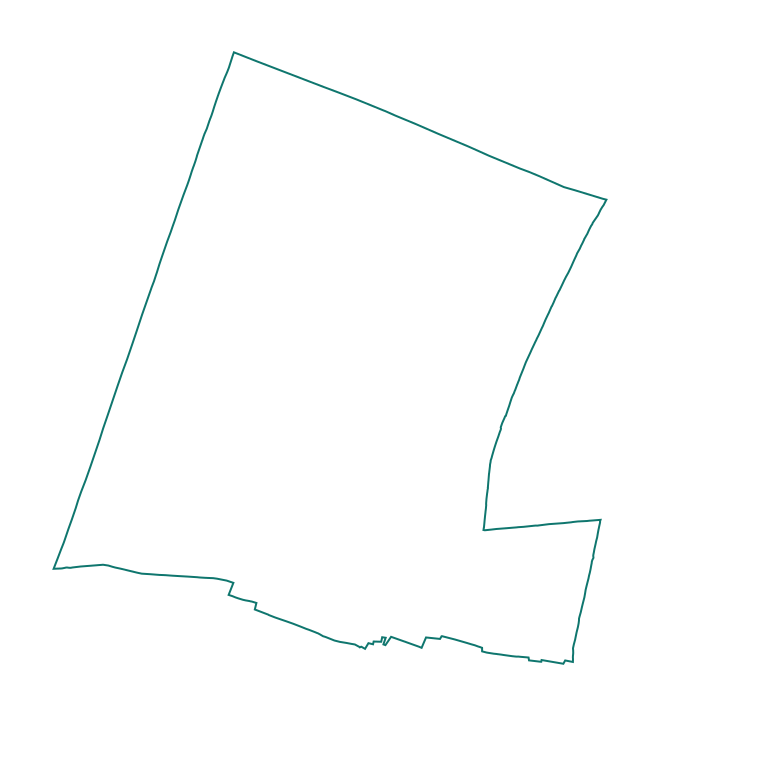 Thawi Watthana, Bangkok Metropolis, Thailand (Natural Earth projection), rotated 287°
{"feature_id": "78962969B31670435766777", "entity_name": "Thawi Watthana", "entity_type": "district", "adm_level": 2, "iso_a3": "THA", "parent_name": "Thailand", "parent_adm1": "Bangkok Metropolis", "projection": "natural_earth1", "projection_center": [100.363, 13.77], "detail": "fine", "context": "isolated", "style": "outline", "palette": "teal", "viewbox_px": 768, "rotation_deg": 287, "n_neighbors": 0, "source": "geoboundaries", "source_scale": "gbopen_adm2", "svg_char_len": 6034}
<svg xmlns="http://www.w3.org/2000/svg" viewBox="0 0 768 768"><g transform="rotate(287 384 384)"><path d="M625.3,542.8L625.1,539.1L625.1,526.2L625.1,509.9L624.9,498.5L628.2,471.2L629.2,460.9L629.8,451.0L633.0,417.5L635.8,395.1L639.1,362.7L641.9,338.2L644.0,316.4L645.4,304.8L645.4,304.4L645.4,304.2L648.1,274.4L649.4,256.0L650.4,239.6L653.0,202.4L655.4,167.9L657.3,143.5L652.9,143.3L652.1,143.3L651.3,143.3L644.0,143.2L641.9,143.2L639.8,143.1L639.2,143.0L638.6,143.0L636.2,142.8L635.5,142.7L635.2,142.7L630.2,142.1L627.0,141.9L625.8,141.8L619.8,141.4L612.8,141.0L612.5,141.0L612.0,141.0L610.7,140.9L610.4,140.9L609.8,140.9L604.7,140.7L603.8,140.7L599.4,140.6L594.4,140.6L590.4,140.5L587.4,140.3L587.0,140.2L585.6,140.2L585.1,140.1L576.3,139.9L571.3,139.3L571.1,139.3L570.8,139.2L570.3,139.2L569.9,139.2L568.4,139.1L563.8,139.0L563.2,138.9L562.8,138.9L562.0,138.9L547.6,138.4L547.2,138.4L547.0,138.5L546.4,138.5L546.2,138.5L545.5,138.5L542.1,138.5L536.8,138.3L535.9,138.2L530.8,138.0L529.9,138.0L528.3,138.0L527.7,138.0L521.9,137.9L517.0,137.7L506.2,137.0L497.2,136.6L490.6,136.3L479.4,136.1L473.1,135.8L466.9,135.6L456.9,135.0L439.7,134.4L432.8,134.2L432.0,134.2L431.1,134.2L424.5,134.2L421.0,134.1L414.8,134.0L413.7,133.9L407.9,133.5L407.0,133.5L379.8,132.4L362.2,132.0L347.9,131.6L332.6,131.1L318.7,130.3L304.7,129.8L284.2,129.2L273.7,128.9L259.4,128.4L247.3,128.3L234.6,127.9L219.1,127.4L204.9,126.8L192.5,125.9L183.2,125.5L175.3,125.5L163.2,125.1L153.1,124.6L140.0,124.2L138.0,124.1L132.0,123.6L121.6,122.9L110.7,122.1L111.9,125.5L113.0,128.7L113.5,130.0L114.9,132.6L115.5,133.6L115.9,134.8L116.0,135.6L116.2,136.6L116.4,137.4L116.7,138.3L117.4,139.6L120.8,147.3L124.0,155.5L128.3,166.4L128.9,167.9L129.0,168.1L129.8,173.5L129.8,177.7L129.9,180.6L130.4,186.3L131.4,203.2L131.8,207.8L133.8,216.2L135.7,224.8L137.2,230.5L138.8,237.6L140.8,245.9L142.3,252.0L144.6,261.8L145.1,264.4L146.4,269.8L148.4,277.5L149.0,281.3L150.0,291.0L149.8,298.1L136.9,297.1L136.8,301.2L136.5,304.3L136.4,307.5L136.4,310.7L136.4,312.2L136.5,313.5L136.6,314.9L136.7,315.7L136.8,316.4L137.0,318.1L137.1,318.7L137.1,319.1L137.1,319.7L137.2,320.4L137.3,321.2L137.3,323.0L137.3,326.0L130.6,326.4L129.6,340.8L129.4,341.3L128.9,347.9L128.7,353.6L128.5,359.9L128.2,367.0L127.6,375.3L127.1,381.1L127.0,384.0L126.5,390.9L126.3,392.7L126.3,393.6L126.2,394.1L125.8,396.1L125.1,399.0L125.0,399.3L125.0,402.0L124.7,405.7L124.2,411.6L124.5,417.3L125.4,423.8L125.9,428.5L126.4,432.3L125.5,436.7L125.3,437.6L125.2,437.7L125.1,437.8L125.2,438.0L126.1,439.0L126.1,439.3L125.2,443.3L128.4,444.1L131.6,444.9L131.9,449.6L134.7,449.4L136.7,456.7L141.3,456.3L141.8,459.8L135.8,459.6L134.8,459.6L134.7,461.7L144.3,464.7L143.7,478.7L143.7,479.7L143.6,480.9L143.0,494.1L142.7,497.1L153.9,498.3L156.6,512.1L159.0,512.7L159.6,512.8L159.8,513.2L160.4,526.5L160.5,532.3L160.6,539.5L160.6,543.2L160.7,547.2L160.5,550.7L160.5,553.0L160.4,553.9L160.4,554.9L159.3,555.3L157.8,555.7L157.0,556.0L157.2,560.8L158.2,568.0L158.8,570.9L158.8,571.3L159.1,572.9L159.4,574.7L159.5,575.3L159.8,577.5L161.2,586.2L162.0,590.3L162.7,592.6L162.9,593.7L164.7,602.2L162.1,603.5L163.3,610.1L164.2,615.0L164.4,615.6L166.1,615.4L168.9,637.3L172.6,638.1L173.4,645.9L175.4,645.4L177.2,644.8L177.9,644.5L178.5,644.4L179.1,644.2L180.3,644.0L182.1,643.6L182.7,643.4L184.8,642.7L185.5,642.4L186.0,642.2L186.6,642.0L188.0,641.9L190.2,641.7L195.7,641.5L196.5,641.4L202.7,640.8L208.3,640.5L212.0,640.1L214.9,639.6L216.6,639.1L218.7,639.0L223.3,638.9L228.7,638.5L232.3,638.3L238.6,638.0L242.7,637.5L246.2,637.0L251.4,636.7L258.0,636.4L258.8,636.3L260.9,636.1L263.6,636.0L267.1,635.7L271.3,635.2L273.4,635.0L273.9,634.9L274.8,634.7L276.4,634.7L276.8,634.7L278.7,635.1L279.4,635.0L280.4,634.5L281.4,634.2L284.3,633.9L287.6,633.5L293.1,633.1L294.0,633.0L295.0,632.9L296.6,632.8L299.5,632.7L304.0,632.1L307.5,631.7L309.0,631.6L309.8,631.5L314.8,631.1L315.6,630.8L317.4,630.8L313.8,621.7L313.6,621.1L312.3,618.1L309.2,609.5L307.2,604.9L306.4,603.3L304.8,599.5L304.5,598.8L303.4,596.2L298.4,583.2L298.2,582.7L293.8,572.9L293.6,572.6L293.1,570.9L292.7,569.8L292.5,569.3L288.2,559.2L286.2,553.9L285.8,553.1L281.7,542.8L281.7,542.7L281.5,542.3L278.3,534.1L278.0,533.4L276.2,529.3L273.7,523.4L273.5,522.7L273.5,522.3L273.5,521.8L274.0,521.8L275.4,521.5L275.7,521.6L279.6,520.8L283.9,519.9L285.5,519.6L285.9,519.5L291.2,518.5L292.1,518.3L292.8,518.2L294.5,517.9L298.3,517.1L298.6,516.9L299.3,516.7L299.6,516.6L304.0,515.6L310.1,514.5L310.4,514.5L313.2,514.0L314.4,513.9L315.0,513.8L315.2,513.6L315.4,513.6L321.3,512.3L321.9,512.2L329.2,510.6L329.5,510.6L336.7,509.3L337.3,509.1L337.7,509.0L340.7,508.7L341.6,508.5L342.2,508.4L344.9,508.5L346.5,508.4L352.4,508.3L356.3,508.3L361.7,508.4L367.8,508.7L368.6,508.7L372.2,508.8L374.4,509.0L375.6,508.9L376.1,508.6L376.7,508.3L381.5,508.5L385.6,509.0L386.3,509.1L388.6,509.3L389.0,509.6L389.1,509.8L389.3,509.9L390.3,509.8L394.2,509.9L394.4,509.9L399.9,510.1L402.7,510.1L403.2,510.1L408.5,510.2L412.1,510.7L412.6,510.9L414.7,511.0L416.2,511.1L416.4,511.2L420.1,511.4L421.7,511.5L422.4,511.5L422.8,511.6L423.9,511.7L424.1,511.7L424.6,511.7L427.5,512.0L429.9,512.0L440.0,512.9L440.5,512.9L446.2,513.3L457.0,514.8L460.4,515.2L467.1,516.2L467.4,516.2L470.9,516.8L472.3,516.9L472.6,517.0L476.0,517.6L484.4,518.7L484.7,518.8L486.9,519.1L487.2,519.1L487.4,519.1L493.0,519.7L499.1,520.6L499.3,520.7L507.2,521.6L507.4,521.8L510.3,522.2L510.9,522.3L516.6,522.9L517.3,523.1L524.4,524.2L524.7,524.4L530.0,525.2L532.8,525.6L535.7,526.0L539.7,526.7L544.2,527.7L550.7,528.7L553.2,529.0L555.0,529.2L558.9,529.7L563.1,530.3L565.5,530.5L567.2,530.9L569.9,531.5L570.2,531.6L573.2,532.0L573.6,532.0L576.1,532.5L578.1,532.8L579.5,533.0L580.9,533.2L581.1,533.1L583.9,533.8L584.1,533.8L587.4,534.6L587.8,534.6L590.1,534.9L590.3,534.9L592.3,535.2L595.7,535.8L595.8,535.8L597.5,536.4L599.1,536.5L599.4,536.6L600.4,536.9L607.3,539.1L607.5,539.2L609.8,539.6L610.2,539.6L614.0,540.2L614.3,540.2L614.7,540.4L616.8,540.9L618.6,541.5L619.1,541.7L625.3,542.8Z" fill="none" stroke="#0f766e" stroke-width="2"/></g></svg>